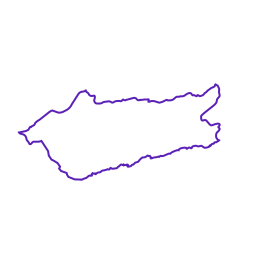 outline of Atacama, rotated 243°
{"feature_id": "CHL-2696", "entity_name": "Atacama", "entity_type": "Region", "adm_level": 1, "iso_a3": "CHL", "parent_name": "Chile", "parent_adm1": "", "projection": "equal_earth", "projection_center": [-70.184, -27.52], "detail": "fine", "context": "isolated", "style": "outline", "palette": "violet", "viewbox_px": 256, "rotation_deg": 243, "n_neighbors": 0, "source": "natural_earth", "source_scale": "10m", "svg_char_len": 5746}
<svg xmlns="http://www.w3.org/2000/svg" viewBox="0 0 256 256"><g transform="rotate(243 128 128)"><path d="M173.5,28.9L171.7,35.4L171.6,37.1L171.6,37.9L171.8,38.7L173.0,40.6L173.4,41.5L172.9,42.2L173.2,43.1L173.2,44.3L173.2,45.6L173.8,46.7L174.5,47.5L174.9,48.5L175.2,49.7L175.6,53.4L177.9,64.9L178.2,67.1L177.8,68.7L173.5,72.7L172.6,74.3L172.1,75.8L171.9,77.6L171.9,81.2L172.1,83.4L172.7,85.3L173.5,87.1L174.7,88.8L181.0,99.6L181.4,100.8L181.5,102.1L181.4,102.9L180.8,104.6L180.6,105.4L180.6,105.9L180.6,107.1L180.6,107.4L180.3,107.4L179.4,107.3L179.0,107.4L177.5,108.2L176.8,108.4L175.1,108.5L174.3,108.8L173.6,109.4L173.0,110.2L172.6,111.2L172.4,112.1L172.0,112.7L171.2,112.8L169.9,112.1L168.8,111.1L167.6,110.2L166.1,110.1L164.9,110.4L164.4,110.8L163.9,111.5L162.5,114.2L162.2,115.3L162.2,116.1L162.2,117.8L162.1,118.5L160.5,123.0L160.1,123.6L159.5,124.2L158.4,124.9L157.8,125.4L157.6,125.9L157.5,126.5L157.5,127.1L157.6,127.7L157.5,128.8L157.2,130.0L156.3,132.1L156.0,132.6L155.3,133.4L155.1,133.9L155.0,134.6L155.2,135.2L155.5,135.8L155.6,136.4L155.4,136.7L154.5,137.3L154.2,137.6L154.0,138.1L153.7,139.8L152.3,146.5L151.8,147.7L150.9,148.5L148.9,149.1L148.4,149.4L148.0,149.9L147.7,150.5L147.6,150.9L147.7,151.2L147.7,151.5L147.1,152.2L145.9,155.7L145.1,157.1L144.4,158.9L144.1,159.3L143.6,159.2L142.9,158.6L142.2,158.2L141.8,158.7L141.4,161.0L141.1,161.8L139.7,164.0L137.9,165.7L136.3,167.5L135.7,170.2L135.6,174.9L135.5,175.3L135.3,175.5L135.0,175.6L134.7,175.8L134.0,177.0L133.4,178.3L133.0,179.7L132.9,181.3L133.1,182.2L133.6,184.1L133.7,185.1L133.6,185.9L132.6,187.9L132.5,188.3L132.6,188.7L132.5,189.1L132.3,189.4L131.9,190.0L131.6,190.7L131.4,191.5L131.2,192.4L131.2,193.3L131.4,194.2L131.6,196.4L131.5,197.6L131.3,198.5L130.7,199.5L130.0,199.9L128.3,200.2L127.8,200.5L127.6,200.7L127.6,201.1L127.4,201.6L127.0,202.0L126.2,202.7L125.6,203.2L125.5,203.3L125.3,203.4L125.2,203.6L125.2,203.9L125.6,204.5L125.7,204.8L125.5,205.2L125.2,205.5L124.8,205.8L124.5,205.9L123.8,206.4L123.5,207.3L123.3,209.4L123.4,210.2L123.6,210.8L123.9,211.4L124.2,212.0L124.5,214.3L124.7,214.7L124.9,215.2L125.1,215.7L125.8,219.9L125.8,221.2L125.7,222.5L125.7,223.5L126.0,224.4L126.9,225.2L127.1,225.8L126.5,226.2L125.3,226.9L125.0,227.1L124.7,227.1L121.9,227.1L121.1,226.8L120.3,226.4L119.3,225.7L118.5,225.3L115.8,224.6L114.8,224.0L114.3,223.2L113.7,221.5L113.3,220.8L113.0,220.3L110.8,218.6L110.2,217.6L109.8,216.7L109.3,215.1L106.6,202.0L105.8,199.3L105.4,198.6L104.8,198.2L102.6,197.3L101.9,197.2L101.4,197.3L100.9,197.6L100.7,198.0L100.6,198.4L100.5,199.0L100.4,199.7L100.1,200.3L99.6,200.9L98.6,201.3L94.5,202.3L93.3,202.8L92.6,203.3L92.4,203.7L92.3,204.2L91.8,207.9L91.5,208.8L91.1,210.1L90.6,210.8L90.1,211.2L89.3,211.2L88.7,210.7L88.4,210.2L88.3,209.9L88.2,209.6L88.1,209.2L87.9,209.0L87.7,208.9L87.3,208.9L86.3,209.3L85.8,209.3L85.2,209.0L84.7,208.2L84.3,207.5L83.7,205.5L83.4,204.9L83.0,204.3L82.5,203.8L81.9,203.4L80.6,202.7L79.7,202.4L78.8,202.3L76.8,202.7L75.7,203.5L75.4,202.7L75.4,200.5L75.4,200.3L75.3,200.1L75.4,199.8L75.5,199.6L75.8,199.1L75.8,198.9L75.8,198.3L75.6,198.0L75.3,197.7L75.2,197.3L75.2,196.9L75.5,196.2L75.6,195.7L75.2,193.8L75.2,193.6L75.3,193.2L75.2,192.9L74.7,193.2L74.5,191.5L74.8,189.3L75.6,187.3L76.6,186.5L77.1,186.4L78.4,185.6L78.8,185.3L79.1,184.5L79.5,182.7L79.9,182.0L81.2,180.6L81.7,179.8L82.2,177.3L82.1,176.8L81.9,176.5L81.6,176.1L81.3,175.8L81.2,175.3L81.5,174.8L82.1,174.4L82.7,173.9L83.0,173.0L82.7,171.4L82.8,171.0L83.0,170.8L83.4,170.8L83.7,170.8L83.9,170.8L84.7,169.7L85.4,167.9L85.9,165.9L85.9,164.4L85.7,163.6L85.6,163.3L85.4,163.1L85.2,163.0L85.5,162.5L85.9,161.8L86.0,161.0L86.3,159.3L86.4,156.2L86.3,155.2L85.9,154.0L86.1,153.6L86.4,153.2L86.6,152.8L86.7,152.1L87.0,147.5L87.2,146.5L87.5,145.5L87.7,145.2L87.9,145.0L88.2,144.8L88.4,144.3L88.2,143.3L88.1,142.7L88.3,142.5L88.6,142.4L88.8,142.0L88.8,141.6L88.8,141.1L89.0,140.2L89.7,138.5L90.0,137.6L90.1,136.7L90.2,135.6L90.3,135.1L90.5,134.7L90.8,134.6L90.9,135.0L91.1,135.3L92.5,134.8L93.2,134.8L93.3,134.3L93.6,133.8L93.9,133.5L94.2,133.3L94.5,133.1L94.5,132.6L94.3,131.5L94.3,129.6L95.0,127.8L95.2,127.4L95.0,126.3L94.7,125.1L94.3,123.9L93.4,122.0L93.4,121.0L93.6,119.9L93.8,118.7L93.6,117.9L93.3,117.1L93.0,116.3L93.4,115.0L93.2,114.5L92.9,113.8L92.8,113.5L92.8,112.9L92.9,112.6L93.2,111.3L93.3,110.9L93.5,110.5L93.9,110.2L94.3,110.2L94.5,110.6L94.6,111.2L94.8,111.3L95.1,111.2L95.4,111.1L95.8,110.7L95.9,110.3L95.8,110.0L95.8,109.5L96.0,109.2L96.2,108.9L96.4,108.6L96.5,108.2L96.6,107.5L96.9,107.6L97.1,107.7L97.6,107.5L97.6,107.2L97.5,106.8L97.4,106.5L97.7,106.1L98.4,105.5L98.6,105.2L98.5,104.4L97.9,102.3L98.0,101.9L98.0,101.7L97.4,100.4L97.4,99.8L97.4,99.4L98.6,95.9L98.9,95.5L99.1,95.2L99.9,94.7L100.4,94.2L99.9,93.3L99.7,93.0L99.6,92.6L99.7,92.1L99.9,91.7L100.5,91.2L100.6,90.7L100.6,90.2L101.0,87.9L101.6,86.1L101.7,85.1L101.3,83.6L101.3,82.7L101.6,81.8L101.8,81.5L101.9,81.1L102.0,80.7L102.0,80.1L101.9,79.7L101.6,78.6L101.5,78.3L101.8,77.9L102.6,77.9L102.9,76.6L103.8,76.0L103.4,74.8L102.1,74.3L102.3,73.1L102.9,72.6L103.2,71.2L103.0,70.5L102.7,69.8L102.6,68.6L102.4,67.9L102.6,67.4L102.7,66.7L102.9,65.1L102.8,63.9L102.9,63.6L103.0,63.2L103.4,62.9L103.5,62.7L103.6,62.0L103.9,61.8L106.4,57.2L111.5,52.7L114.1,52.5L115.8,52.9L120.0,48.9L123.1,48.2L124.4,49.9L128.8,49.3L132.7,46.9L134.6,45.5L139.4,44.9L143.7,46.3L155.8,45.0L155.9,43.9L156.1,43.1L156.3,42.4L157.7,39.5L158.5,38.0L158.6,37.8L158.7,37.3L158.7,36.8L158.6,36.3L158.5,36.0L158.5,35.9L158.2,35.3L158.0,34.9L157.9,34.4L157.9,33.9L158.1,33.3L158.3,33.1L158.5,33.0L160.9,32.9L162.4,32.5L163.3,32.4L164.0,32.5L165.7,32.9L166.8,33.0L168.0,32.8L168.9,32.4L169.7,31.9L171.4,30.0L172.2,29.3L172.7,29.0L173.5,28.9L173.5,28.9Z" fill="none" stroke="#5b21b6" stroke-width="2"/></g></svg>